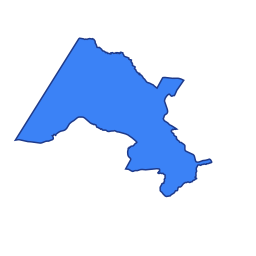 SVG path tracing the border of Maniema, rotated 122°
{"feature_id": "COD-1895", "entity_name": "Maniema", "entity_type": "Province", "adm_level": 1, "iso_a3": "COD", "parent_name": "Democratic Republic of the Congo", "parent_adm1": "", "projection": "robinson", "projection_center": [26.456, -2.545], "detail": "fine", "context": "isolated", "style": "filled", "palette": "blue", "viewbox_px": 256, "rotation_deg": 122, "n_neighbors": 0, "source": "natural_earth", "source_scale": "10m", "svg_char_len": 5781}
<svg xmlns="http://www.w3.org/2000/svg" viewBox="0 0 256 256"><g transform="rotate(122 128 128)"><path d="M67.3,125.2L66.8,125.1L66.2,124.4L65.4,123.1L62.3,116.6L59.4,112.1L58.9,110.9L58.3,108.7L58.0,106.0L70.3,106.6L72.0,106.3L75.1,105.9L75.7,105.9L76.0,106.0L76.0,106.3L77.7,107.6L77.9,107.9L77.9,109.0L77.8,109.4L77.4,110.2L77.3,110.5L77.4,110.9L77.6,111.2L78.5,111.7L79.2,111.9L80.1,112.1L81.6,112.2L83.0,112.2L84.7,111.8L85.9,111.3L86.2,110.9L91.4,104.5L92.4,103.6L92.9,103.2L93.5,102.9L94.3,102.7L94.8,102.7L95.5,102.8L96.9,103.5L97.8,103.7L98.4,103.7L100.1,103.2L101.5,103.0L102.3,101.6L102.6,100.9L102.6,100.2L102.6,97.8L102.6,97.0L103.2,94.7L103.2,93.9L103.0,92.3L103.0,87.7L103.1,86.1L104.1,87.2L104.5,88.2L104.8,88.4L105.5,88.8L105.5,89.4L106.6,89.7L107.4,89.7L107.7,89.7L108.1,89.2L108.3,88.4L108.7,87.7L108.7,87.3L108.4,86.7L108.5,86.4L108.7,86.1L109.4,85.6L109.8,85.0L109.9,84.4L110.0,83.4L109.8,82.7L109.9,82.3L110.6,81.7L111.3,81.4L111.6,81.2L111.5,80.4L111.6,80.2L111.9,80.0L112.0,79.8L112.0,78.1L112.2,77.6L112.5,77.0L112.7,76.5L112.1,75.3L112.1,74.9L112.3,71.8L112.6,70.7L113.1,70.2L115.6,68.7L116.4,68.0L116.8,67.5L116.9,67.0L116.9,66.0L116.0,58.7L116.2,57.8L116.4,57.3L117.0,56.5L119.8,53.6L120.2,53.0L120.5,52.4L120.4,51.5L120.2,51.1L119.3,49.8L115.9,47.2L114.5,45.4L112.9,43.8L111.3,42.5L111.2,42.0L111.2,41.2L112.0,39.7L112.3,39.2L112.6,38.9L113.1,39.0L113.5,39.3L113.8,39.4L114.1,40.0L115.0,40.5L116.1,41.5L116.4,42.1L116.6,42.4L117.1,42.4L117.5,42.6L118.3,44.5L118.9,44.8L119.2,45.2L120.0,46.1L121.1,46.5L121.6,48.0L122.1,48.8L122.6,49.1L122.9,49.1L123.9,48.9L125.4,48.9L125.7,48.8L126.9,48.2L128.2,46.9L128.5,46.8L130.0,46.7L132.8,44.8L133.7,45.1L134.2,45.0L134.3,44.8L134.5,44.5L134.3,43.8L134.2,43.4L134.4,43.1L134.7,43.0L135.7,43.8L136.8,44.0L137.6,44.7L138.1,45.0L138.7,45.1L139.4,45.1L139.6,45.2L140.2,45.9L141.1,46.4L141.4,46.7L141.7,47.2L141.7,47.9L142.1,48.7L142.6,49.1L143.3,49.5L143.7,50.3L143.9,50.6L144.6,50.8L145.0,51.1L145.4,51.3L146.8,51.6L149.0,51.8L150.0,52.2L150.5,52.6L150.8,53.3L151.2,53.6L151.4,53.8L151.8,53.9L152.7,53.7L154.5,53.0L155.0,53.1L155.4,53.4L155.8,54.2L156.2,54.5L157.7,54.4L158.7,54.5L161.1,55.7L162.5,56.2L163.1,56.2L165.7,59.1L166.0,60.4L165.8,60.9L165.5,62.7L164.6,65.1L164.3,66.9L164.1,67.4L161.6,69.1L161.1,69.3L160.6,69.4L159.0,69.4L157.3,69.7L157.0,69.5L156.8,69.2L156.3,69.1L156.1,68.6L155.8,68.4L155.7,68.4L154.8,68.9L154.1,68.8L153.7,68.9L152.2,70.1L151.6,70.1L150.9,69.9L150.7,70.0L149.8,70.7L148.6,71.3L148.2,71.7L148.2,73.1L147.9,74.4L148.0,74.5L148.5,74.9L148.8,75.4L148.9,76.5L149.7,77.1L150.2,77.7L150.4,78.3L150.3,78.7L150.2,78.9L149.8,78.9L149.2,78.6L148.6,78.8L148.1,78.4L147.8,78.3L147.5,78.5L146.9,79.0L146.3,79.3L146.2,79.6L146.6,80.8L147.4,82.2L154.1,90.9L155.6,93.9L156.3,94.9L156.8,95.5L159.1,97.4L160.3,99.3L160.8,99.8L161.9,100.6L162.4,101.2L162.6,102.3L162.7,105.1L162.8,105.8L164.0,108.3L153.6,108.9L152.9,109.2L152.4,109.9L152.2,111.3L151.8,112.6L151.4,113.2L150.8,113.9L149.9,114.6L148.5,115.6L147.6,116.0L145.9,116.6L145.3,117.0L144.9,117.0L144.6,116.4L144.4,116.3L144.0,116.7L143.6,116.7L143.4,116.5L143.2,116.0L143.0,115.8L142.1,115.8L141.8,115.7L140.8,114.4L140.5,114.2L139.7,114.0L139.1,113.8L138.2,113.8L137.1,113.5L136.0,112.9L135.5,112.9L135.3,113.0L134.9,114.5L134.2,119.0L133.9,124.3L134.0,125.1L134.3,127.0L136.2,133.5L136.9,135.0L137.1,135.7L137.2,137.5L137.3,137.9L138.0,138.5L139.6,140.8L141.1,142.3L141.7,143.7L141.5,145.1L141.9,146.4L142.1,146.7L142.5,147.0L142.8,147.7L143.2,148.4L143.1,149.1L142.8,149.5L142.7,149.9L142.9,150.2L143.4,150.4L143.5,150.5L143.3,151.4L143.5,152.2L143.4,153.6L143.5,153.9L143.8,154.4L143.8,154.7L143.7,155.1L142.5,156.6L142.4,157.1L142.7,157.8L142.7,158.4L143.1,158.7L143.3,159.0L143.2,160.1L143.6,160.5L143.5,161.5L143.7,162.3L142.5,169.9L142.5,170.9L142.6,171.7L142.9,172.5L143.7,173.8L144.7,175.4L145.4,176.0L146.1,176.4L150.4,177.9L152.8,179.1L155.4,179.9L160.8,179.8L162.1,180.1L163.2,180.5L164.3,181.3L166.3,183.3L167.5,184.1L168.7,184.7L171.3,185.7L172.0,185.6L172.6,185.4L172.7,185.5L172.5,186.7L172.6,187.3L173.0,187.4L173.5,187.3L173.8,187.4L174.7,188.1L175.2,187.0L175.6,186.5L176.1,186.1L176.7,185.7L177.3,185.7L177.9,185.9L179.3,187.0L181.1,188.3L182.4,190.2L183.0,190.8L186.2,193.2L186.9,193.9L187.4,194.7L191.2,203.1L192.6,205.7L195.4,213.7L195.8,214.5L196.4,215.3L198.0,217.1L79.0,217.0L78.1,216.9L77.5,216.6L76.1,213.3L75.9,212.5L75.8,211.7L75.7,211.5L75.0,211.0L74.5,209.6L73.6,209.1L73.0,208.4L72.5,208.0L71.8,206.1L71.2,205.6L71.4,205.3L70.9,204.4L71.0,203.9L71.6,202.3L72.2,201.6L72.8,201.1L73.3,200.9L73.3,200.6L74.5,198.7L75.7,197.4L76.0,196.9L75.1,195.2L74.8,194.9L75.3,191.9L75.9,190.9L76.0,190.4L75.9,190.0L75.6,189.4L75.5,188.3L75.5,187.9L75.9,187.2L75.9,186.9L75.1,186.0L75.2,185.6L75.3,185.5L75.5,184.9L75.5,184.6L75.0,184.2L74.7,182.8L74.2,181.8L74.0,181.7L73.8,181.8L73.4,182.3L72.3,181.1L72.3,179.6L72.1,179.4L71.2,178.5L70.7,177.3L70.3,177.8L69.6,176.7L69.4,176.1L69.2,175.5L69.4,175.5L69.6,175.3L69.6,174.9L69.3,174.8L68.2,174.7L67.9,174.5L68.1,174.4L68.3,174.0L67.7,173.8L67.4,173.5L67.0,172.3L67.5,172.0L68.2,170.6L69.1,169.4L69.0,168.2L68.4,165.6L68.3,164.5L68.3,164.2L68.5,164.1L68.9,164.1L69.1,163.9L69.2,163.2L69.2,162.8L68.6,161.7L68.6,161.1L69.1,160.9L69.7,160.8L69.9,160.7L70.3,160.3L70.3,159.5L70.7,159.4L71.2,158.2L71.7,157.8L72.4,157.6L72.6,157.3L72.4,154.4L72.7,154.2L73.1,154.1L74.0,154.1L74.3,153.8L74.4,152.5L74.5,152.3L75.1,151.7L75.8,150.1L76.0,149.4L75.9,148.5L76.1,147.8L76.1,147.7L75.6,147.3L75.5,147.0L75.8,146.7L76.0,146.7L76.4,147.2L76.7,146.9L76.7,146.5L76.2,145.8L76.2,144.5L76.4,143.8L76.7,143.0L77.6,141.3L77.8,139.8L79.0,136.9L79.1,136.3L79.1,135.6L78.5,133.3L78.3,130.8L78.1,129.5L78.5,127.7L78.8,124.5L67.3,125.2Z" fill="#3b82f6" stroke="#1e3a8a" stroke-width="1.5"/></g></svg>